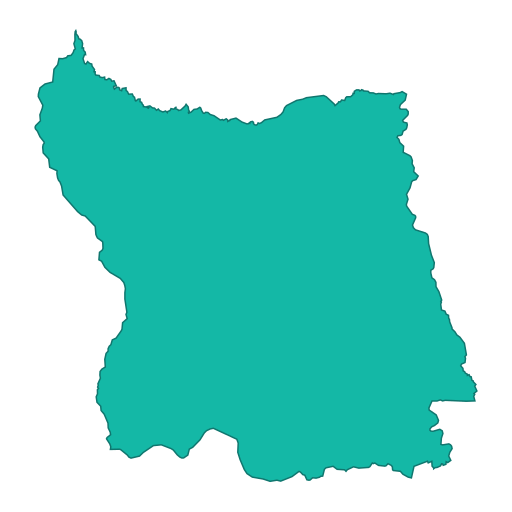 Mae Rim, Chiang Mai, Thailand (Albers equal-area conic projection)
{"feature_id": "78962969B91444782882973", "entity_name": "Mae Rim", "entity_type": "district", "adm_level": 2, "iso_a3": "THA", "parent_name": "Thailand", "parent_adm1": "Chiang Mai", "projection": "albers", "projection_center": [98.889, 18.954], "detail": "fine", "context": "isolated", "style": "filled", "palette": "teal", "viewbox_px": 512, "rotation_deg": 0, "n_neighbors": 0, "source": "geoboundaries", "source_scale": "gbopen_adm2", "svg_char_len": 5941}
<svg xmlns="http://www.w3.org/2000/svg" viewBox="0 0 512 512"><path d="M244.3,469.5L247.0,473.6L252.3,477.1L263.1,479.0L270.1,481.3L276.9,480.2L280.7,481.1L292.0,476.6L299.0,471.4L300.5,472.1L302.8,474.6L304.8,475.2L306.9,479.8L308.9,480.2L310.1,480.0L312.6,477.8L316.1,478.1L319.6,477.2L320.6,476.3L322.7,476.1L324.4,469.3L326.0,467.8L333.1,466.3L337.1,469.3L344.6,469.8L346.0,471.3L347.3,469.7L353.5,466.8L358.8,468.1L368.6,467.4L369.9,466.6L372.3,463.0L373.3,463.6L374.8,463.0L378.5,465.4L384.8,466.1L386.0,465.8L388.0,463.7L391.0,465.2L392.3,466.6L392.6,469.8L393.3,470.5L400.4,471.3L402.9,474.2L408.1,477.1L411.4,477.9L414.0,466.3L427.5,461.2L428.2,462.9L431.8,461.3L432.1,466.2L433.7,468.0L433.7,468.7L435.0,467.7L437.2,467.4L440.5,465.9L441.6,463.8L442.7,464.0L443.2,465.3L445.9,464.3L446.2,461.7L447.7,462.6L450.8,460.4L448.7,456.0L449.8,452.3L452.1,448.6L451.6,446.2L450.5,444.8L448.9,443.9L442.6,444.9L440.9,444.4L441.4,438.1L442.9,433.5L442.2,430.8L439.8,429.3L433.0,431.3L430.9,431.1L429.9,430.2L430.0,428.8L431.7,426.8L434.5,425.5L437.8,422.9L438.5,420.4L436.2,414.9L429.2,410.1L428.9,408.0L432.0,401.0L437.0,401.0L440.3,399.9L442.6,400.9L445.2,400.3L466.3,401.2L474.9,400.9L473.7,396.3L474.7,394.4L473.9,393.5L476.9,391.0L474.7,386.1L475.9,384.5L473.4,381.9L473.2,380.9L471.9,380.3L471.2,376.8L470.0,376.6L469.1,374.7L467.4,375.4L467.4,374.2L465.3,373.1L464.6,371.6L463.2,370.9L462.9,368.3L460.7,365.8L461.6,364.0L465.0,362.5L465.5,358.4L464.9,356.6L466.4,354.9L464.4,343.3L459.9,337.2L456.8,334.9L455.0,331.9L452.0,328.9L452.0,327.7L449.7,321.9L449.4,319.2L448.7,318.5L448.5,315.3L446.2,314.2L444.9,311.1L441.5,310.0L440.7,304.2L441.4,302.1L440.8,301.4L441.7,300.1L438.9,291.7L436.0,286.7L435.9,282.3L434.5,279.7L431.9,277.8L430.8,273.0L430.8,270.3L433.1,268.8L433.8,267.5L434.3,262.6L431.4,255.1L428.6,243.6L428.2,236.6L427.3,234.4L425.4,233.0L415.4,229.8L413.4,227.7L412.5,225.0L415.7,217.7L415.6,216.2L414.8,215.3L412.3,214.3L406.6,206.1L406.4,204.3L408.0,199.2L406.5,194.3L410.0,187.9L411.7,181.7L412.8,180.6L416.0,179.6L418.2,176.0L413.7,171.7L414.2,167.8L412.1,163.8L412.4,160.6L411.1,156.9L409.9,155.7L403.2,152.3L403.6,146.2L399.8,142.6L398.9,139.4L397.0,137.4L397.9,135.7L400.8,135.4L402.1,134.5L403.1,131.1L405.9,129.4L406.7,127.9L407.3,124.9L406.9,123.0L403.4,122.1L402.6,120.4L407.6,115.4L408.2,114.0L408.2,111.6L406.2,109.2L401.0,109.2L399.9,108.6L399.5,107.3L400.4,104.6L405.2,100.1L406.5,94.2L402.1,91.6L400.2,92.6L393.9,93.7L393.4,94.5L390.0,93.2L386.2,93.8L378.5,93.5L376.0,94.0L373.3,92.9L369.6,92.8L368.1,91.3L363.4,90.9L363.0,90.1L361.5,89.7L360.9,90.6L359.6,90.9L359.0,89.9L356.5,89.9L354.3,91.3L354.2,93.4L353.1,93.3L352.8,94.8L350.7,96.7L346.7,96.8L345.7,97.8L344.7,100.5L341.6,100.0L340.4,101.8L338.7,101.8L338.1,103.0L335.0,105.6L334.2,104.0L326.3,96.8L323.6,95.5L306.4,97.7L302.8,99.2L296.7,100.4L286.5,105.6L284.6,107.8L283.1,111.9L280.9,114.5L276.9,117.3L264.8,119.9L261.4,122.7L259.5,123.5L258.1,122.9L257.4,124.4L256.1,125.2L254.3,124.6L253.3,123.1L253.5,122.3L252.4,121.4L250.4,121.9L249.8,123.3L249.2,122.9L248.5,123.7L246.9,123.9L241.9,122.0L236.0,118.1L230.1,119.6L229.9,120.4L227.8,121.4L227.8,120.1L226.2,118.8L223.4,120.3L222.6,119.5L220.3,120.0L214.0,115.7L210.2,114.5L207.9,112.5L205.6,112.3L204.5,113.3L203.3,113.2L201.7,110.8L200.7,108.0L199.8,107.3L197.1,109.0L194.0,109.4L191.0,112.2L188.6,113.2L188.4,112.3L189.3,111.8L189.3,111.2L188.6,109.9L188.2,106.9L186.1,104.3L185.1,106.0L180.8,110.0L178.5,110.5L177.9,109.6L175.6,108.8L176.0,107.4L175.5,107.4L173.8,109.2L171.0,108.6L170.1,110.5L167.7,111.5L167.3,112.6L165.6,111.0L162.9,112.0L159.6,110.6L158.3,109.0L156.5,110.3L154.5,108.1L152.5,107.9L149.9,105.9L147.3,106.5L147.6,107.2L148.8,107.6L148.3,108.2L146.4,107.0L143.4,106.6L143.4,105.3L142.3,104.2L141.6,102.3L140.0,101.7L140.1,99.1L138.1,99.1L135.9,101.0L135.3,100.6L134.5,97.2L133.4,96.5L132.3,94.0L128.7,94.2L127.4,91.5L126.1,90.5L126.0,87.8L122.2,88.5L121.6,90.7L119.6,89.8L119.5,88.1L118.6,87.4L116.5,87.4L114.4,89.1L113.5,86.9L113.7,86.3L116.3,85.8L114.0,80.8L111.7,81.2L110.8,79.4L108.9,78.4L106.8,79.8L104.9,79.5L104.6,77.1L102.5,77.6L100.0,77.1L99.2,75.5L95.8,75.1L95.1,73.9L95.2,71.8L94.0,71.7L94.5,69.5L92.1,66.2L91.7,64.0L89.6,63.4L87.6,61.6L85.9,64.1L84.6,63.5L83.0,58.7L84.5,54.6L85.6,54.7L85.2,52.1L83.6,50.4L83.5,47.9L82.1,48.0L82.6,43.6L81.7,40.6L80.0,39.1L78.9,38.9L78.1,36.4L75.7,33.1L76.2,32.1L75.8,30.7L75.2,31.6L74.9,34.5L75.0,40.4L73.9,43.7L75.3,48.9L74.0,50.0L73.2,52.5L71.1,55.4L67.8,55.8L66.5,57.6L62.6,58.7L59.0,58.5L57.7,64.7L54.0,69.2L52.7,82.0L45.0,84.0L40.0,87.9L38.4,94.1L38.3,96.6L42.8,105.2L42.3,108.2L39.9,114.8L40.4,120.9L35.7,125.6L35.1,127.1L35.4,128.8L37.4,131.2L40.0,136.8L44.0,141.9L44.2,143.3L43.2,144.5L42.7,147.1L43.2,152.9L48.7,158.9L49.7,167.3L57.1,170.8L56.9,173.6L57.6,177.9L58.6,180.4L60.0,182.0L61.6,186.1L63.1,195.0L77.6,211.6L81.7,215.0L85.2,216.0L95.2,226.4L95.9,234.5L96.7,236.5L97.5,238.0L102.5,241.6L102.8,243.0L103.0,248.4L102.2,250.2L99.5,252.3L98.9,259.8L101.6,261.2L104.9,267.3L110.1,272.4L120.3,278.4L123.8,282.5L124.8,285.5L125.4,288.7L124.9,292.7L124.9,299.1L126.9,312.3L126.0,314.4L127.2,318.6L122.6,322.7L122.0,329.3L121.1,331.0L116.1,338.1L112.3,339.9L110.9,344.7L109.2,346.3L108.1,348.7L108.1,351.2L106.1,353.4L104.8,359.3L105.3,367.0L101.8,369.2L100.1,371.5L99.9,375.1L100.4,378.2L97.9,383.9L98.3,385.1L97.6,387.1L98.5,388.4L97.4,389.7L97.5,393.9L96.2,396.8L97.0,402.3L100.7,406.2L101.1,410.5L104.2,414.2L108.0,423.1L108.2,427.9L110.2,432.1L110.6,434.7L107.1,437.5L106.5,438.8L109.8,443.9L110.8,446.8L110.4,449.4L119.7,449.2L120.8,449.7L127.4,455.1L128.9,457.1L131.0,458.1L139.5,456.1L143.2,452.5L153.4,445.6L161.3,444.8L171.1,448.6L173.3,450.0L177.2,454.8L179.9,457.1L181.8,458.0L183.7,457.9L187.8,455.1L189.3,449.1L192.7,447.3L200.0,439.8L204.3,432.9L206.5,430.7L210.3,428.9L213.4,428.3L236.8,439.2L238.2,443.0L237.8,452.3L240.1,459.6L244.3,469.5Z" fill="#14b8a6" stroke="#0f766e" stroke-width="1.5"/></svg>